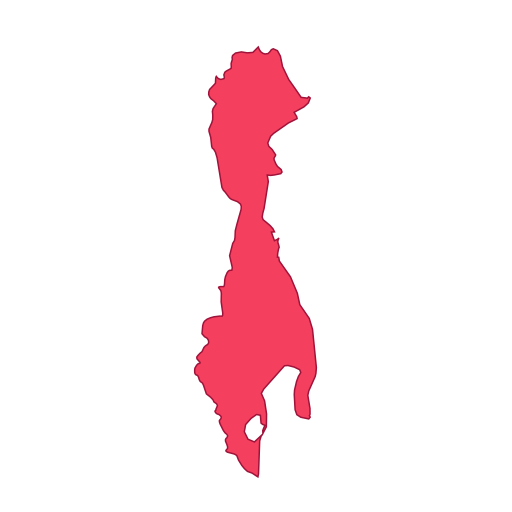 SVG path tracing the border of Vlorë, rotated 218°
{"feature_id": "ALB-1504", "entity_name": "Vlorë", "entity_type": "County", "adm_level": 1, "iso_a3": "ALB", "parent_name": "Albania", "parent_adm1": "", "projection": "robinson", "projection_center": [19.787, 40.148], "detail": "fine", "context": "isolated", "style": "filled", "palette": "rose", "viewbox_px": 512, "rotation_deg": 218, "n_neighbors": 0, "source": "natural_earth", "source_scale": "10m", "svg_char_len": 3638}
<svg xmlns="http://www.w3.org/2000/svg" viewBox="0 0 512 512"><g transform="rotate(218 256 256)"><path d="M397.9,373.1L397.6,373.0L394.8,372.6L392.4,373.5L390.4,376.1L391.1,377.5L392.8,378.9L393.7,381.6L393.3,383.4L391.5,387.6L391.2,388.6L391.9,389.8L394.0,392.2L394.5,393.2L395.6,396.2L397.1,397.8L397.9,399.6L397.1,403.3L393.2,407.8L388.0,410.7L383.8,414.5L382.9,422.1L380.5,420.7L378.0,419.9L375.6,419.9L373.3,420.7L371.1,423.0L370.8,425.6L370.9,428.1L370.0,429.9L365.5,431.0L359.8,428.5L351.7,421.6L338.8,415.2L327.6,411.8L318.1,408.8L313.6,411.5L312.7,411.9L312.5,413.9L310.5,413.9L309.0,408.8L310.0,403.1L314.4,392.7L309.6,390.8L308.2,389.6L312.4,380.7L317.6,363.5L318.2,359.4L316.3,352.3L313.4,350.3L309.0,349.9L302.8,347.8L302.4,347.0L302.3,345.6L302.0,344.1L300.9,342.9L297.0,340.8L294.2,339.8L289.4,339.6L287.2,338.2L287.2,336.1L291.4,331.2L294.1,328.5L297.0,326.7L292.1,322.2L278.9,298.4L277.1,294.1L275.1,290.5L272.8,289.0L263.8,288.7L259.4,287.9L256.3,286.4L258.6,284.3L250.9,279.4L249.7,281.7L249.3,282.7L249.0,284.3L248.1,281.3L246.7,279.8L245.0,278.7L243.1,277.1L242.7,275.7L240.7,271.7L238.4,268.3L237.3,269.0L234.5,266.4L216.0,260.8L200.5,252.1L191.5,244.6L175.6,239.6L166.3,233.0L139.7,205.2L136.6,200.5L135.2,197.6L131.4,182.3L129.4,178.1L119.6,169.1L116.1,164.7L115.6,163.4L115.6,163.0L114.1,162.4L114.1,160.1L121.5,156.5L126.1,156.1L130.5,158.9L140.5,170.3L143.1,174.1L146.8,182.1L148.4,187.1L149.0,191.8L151.6,193.3L157.5,192.0L163.4,189.4L166.0,187.0L168.0,156.0L167.2,151.0L160.0,147.1L150.4,138.0L142.7,127.8L141.3,120.4L143.2,122.6L144.0,125.1L144.7,128.1L147.0,127.4L149.1,127.4L154.5,133.2L158.0,131.4L159.9,125.0L160.4,116.8L157.0,110.3L149.5,106.7L142.8,108.5L141.3,117.9L139.3,112.6L119.9,85.9L118.5,83.1L125.5,82.5L130.1,81.0L134.1,81.3L138.1,82.2L144.1,84.4L148.4,87.0L151.2,86.6L157.8,83.8L159.3,83.7L160.0,84.3L160.0,85.3L159.9,86.0L160.0,87.0L161.0,88.2L162.8,89.5L166.0,91.3L167.0,92.5L167.3,93.8L167.0,95.0L167.6,96.8L169.0,97.5L171.6,97.6L174.3,98.4L181.0,101.6L182.6,102.7L183.5,103.7L183.6,104.6L183.5,105.6L183.6,106.5L184.3,107.8L185.6,108.2L187.4,108.3L189.6,107.6L190.9,107.6L192.2,108.0L192.7,108.4L192.9,108.9L192.7,109.6L193.3,110.9L194.2,114.2L195.1,114.9L196.5,115.3L199.2,115.1L201.3,116.2L205.0,116.8L210.2,116.8L218.1,122.0L220.0,122.9L221.1,122.9L222.2,122.8L223.3,123.0L224.7,123.7L226.5,125.0L227.9,125.7L228.7,125.9L229.4,125.6L230.1,125.4L231.3,125.6L232.4,126.3L234.1,128.3L235.1,130.1L235.5,133.2L235.4,134.9L235.0,136.0L234.5,136.4L234.2,136.8L234.2,137.3L234.7,137.8L238.8,138.5L239.9,139.2L240.5,140.2L240.5,142.3L240.1,145.8L239.7,146.8L239.8,148.0L240.7,151.8L240.6,153.4L240.2,155.1L239.7,156.4L239.7,157.8L240.3,159.1L242.0,160.5L244.1,161.1L246.9,160.7L250.7,161.5L255.1,168.3L256.2,171.0L256.4,173.0L255.7,176.0L254.0,179.1L251.7,182.2L247.6,186.3L245.7,187.7L245.8,188.8L247.0,190.5L255.2,198.4L260.2,205.1L261.4,206.3L262.5,207.1L265.9,208.0L266.2,208.4L266.1,208.8L265.3,209.9L263.1,211.6L262.6,212.1L262.8,213.1L263.6,214.6L266.0,218.1L267.4,221.0L268.5,225.2L268.5,227.1L268.0,228.4L266.3,229.9L267.0,231.3L267.7,232.4L277.0,240.0L282.1,251.6L282.5,255.0L283.9,257.6L287.9,263.2L290.6,269.3L296.5,283.7L298.3,286.2L300.4,287.4L304.1,287.4L309.6,285.7L311.4,285.4L313.1,285.6L320.2,287.5L322.1,287.7L325.1,289.1L347.2,309.5L352.0,312.9L355.1,314.1L356.8,314.1L358.4,315.1L364.6,321.5L369.8,325.3L371.2,327.1L373.0,334.1L374.1,336.8L376.8,340.4L379.4,343.1L380.6,345.8L381.0,351.6L384.6,352.2L388.5,352.2L390.5,352.8L392.7,354.1L394.2,356.2L395.1,358.7L394.3,367.1L397.3,371.4L397.9,373.0L397.9,373.1Z" fill="#f43f5e" stroke="#9f1239" stroke-width="1.5"/></g></svg>